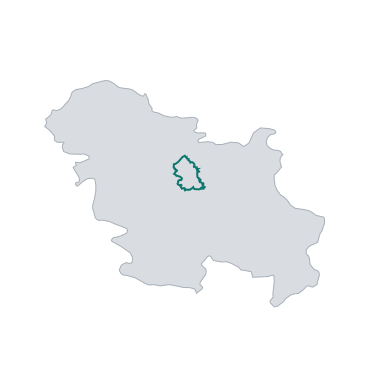 location of Podunavski within Republic of Serbia, rotated 339°
{"feature_id": "SRB-831", "entity_name": "Podunavski", "entity_type": "District", "adm_level": 1, "iso_a3": "SRB", "parent_name": "Republic of Serbia", "parent_adm1": "", "projection": "natural_earth1", "projection_center": [20.92, 44.453], "detail": "fine", "context": "in_parent", "style": "outline", "palette": "teal", "viewbox_px": 384, "rotation_deg": 339, "n_neighbors": 0, "source": "natural_earth", "source_scale": "10m", "svg_char_len": 6313}
<svg xmlns="http://www.w3.org/2000/svg" viewBox="0 0 384 384"><g transform="rotate(339 192 192)"><path d="M216.1,148.3L225.1,150.8L229.2,153.2L231.4,156.4L237.1,158.4L246.4,159.5L252.9,162.7L256.6,168.1L262.5,166.8L270.7,158.8L278.8,156.7L286.8,160.5L291.2,163.7L291.9,166.2L290.1,167.2L285.6,166.7L282.0,168.2L279.2,171.8L278.8,175.6L280.8,179.6L283.6,182.3L287.3,183.9L289.3,186.0L289.5,188.6L290.5,189.4L288.4,190.6L286.2,192.4L284.9,195.6L284.6,200.7L277.5,204.7L274.9,205.5L273.7,208.1L271.9,215.6L272.1,221.3L273.1,224.2L273.6,226.5L275.9,229.4L278.0,233.8L279.4,239.7L282.5,244.2L290.4,248.6L294.4,251.2L297.3,254.9L299.5,258.3L306.1,262.8L305.6,266.0L304.2,269.2L302.7,270.7L299.5,274.7L296.4,277.0L291.2,284.1L283.0,284.5L281.0,285.1L277.9,287.0L276.4,290.6L277.9,293.5L277.8,296.4L276.3,302.0L278.3,308.0L281.2,310.8L281.7,312.4L281.2,315.2L276.9,321.0L275.6,323.1L271.3,324.1L269.8,323.6L267.5,321.6L265.5,321.0L260.3,323.4L255.0,324.8L250.9,323.7L246.8,323.6L243.9,324.5L241.8,324.9L237.6,327.4L230.8,329.2L227.7,328.8L226.6,326.5L225.3,323.1L225.9,321.6L230.3,319.0L230.8,316.5L237.0,304.4L238.2,300.4L238.3,299.2L236.6,298.3L233.2,298.3L218.1,293.4L218.8,287.8L214.3,284.8L209.5,282.1L208.7,279.1L203.4,273.0L199.5,269.6L194.5,267.9L190.3,265.4L187.7,263.8L186.6,261.0L186.6,259.3L185.3,257.7L183.2,257.9L179.7,260.1L175.4,262.1L174.7,263.5L176.2,266.9L177.3,269.0L176.8,271.0L175.5,273.6L167.2,279.3L166.2,281.3L167.8,284.5L166.8,286.0L159.9,288.1L160.1,286.3L159.7,283.5L155.7,280.5L150.1,278.2L137.7,270.3L132.9,269.2L128.7,268.3L122.6,264.5L119.4,263.8L115.9,261.1L108.4,252.0L102.0,247.0L97.6,244.5L96.4,242.0L96.1,239.5L96.3,238.6L99.6,235.1L102.2,234.5L105.5,234.4L107.7,236.2L110.5,236.6L112.1,234.3L113.0,231.0L112.6,226.7L105.8,216.8L99.9,209.9L99.3,208.4L100.6,207.1L102.6,206.4L104.8,207.0L110.6,207.5L116.1,206.9L118.0,205.2L118.0,202.9L116.0,200.8L109.6,195.2L104.6,190.2L98.7,186.4L94.3,184.8L93.0,182.9L92.5,180.8L93.0,177.0L93.3,172.2L94.4,169.1L98.4,163.4L102.2,157.3L104.6,151.5L105.8,146.0L105.4,144.5L103.4,143.3L99.3,142.1L93.5,143.2L88.5,145.1L86.6,145.3L86.0,142.9L86.8,141.8L88.3,141.9L89.6,142.4L90.9,141.3L91.8,138.0L89.8,126.6L93.5,125.6L93.6,123.9L93.9,122.5L97.7,124.5L103.0,124.5L107.7,124.1L108.4,123.0L108.4,121.4L107.4,120.1L105.8,119.1L104.6,117.5L101.4,116.8L91.6,112.7L86.7,108.3L86.9,103.7L88.4,101.2L90.1,100.3L89.6,99.4L84.0,97.3L82.1,94.3L83.7,90.5L80.9,82.8L77.9,78.0L80.9,75.9L81.4,73.0L81.6,71.3L82.8,71.3L87.7,69.4L89.4,67.8L90.5,65.9L91.6,65.4L94.8,67.5L98.2,67.6L102.0,66.4L104.9,64.6L108.3,63.1L109.9,62.1L111.9,60.5L115.9,55.8L120.5,54.8L126.5,56.0L133.1,56.4L138.0,55.3L150.4,56.7L153.1,57.8L154.8,59.0L158.1,63.0L161.2,68.3L165.5,70.7L170.7,73.5L173.3,75.6L177.3,81.9L180.4,85.0L181.4,84.8L182.4,84.0L183.1,83.4L184.0,84.0L184.0,85.9L184.2,90.1L183.4,94.6L184.5,98.8L184.6,100.1L183.8,101.3L183.9,102.4L185.0,103.6L189.2,106.4L193.1,110.7L197.6,113.8L201.8,115.7L204.4,115.8L208.7,119.4L217.3,121.9L220.0,122.7L221.9,124.2L223.2,125.9L223.3,127.6L222.0,128.5L220.2,130.9L219.4,133.9L218.1,134.6L216.7,134.7L215.7,135.5L215.9,136.8L217.1,138.0L218.9,139.1L222.3,140.2L225.6,141.8L225.6,143.1L224.9,144.5L220.6,145.0L217.5,145.2L216.0,145.8L216.1,148.3Z" fill="#d9dde1" stroke="#a8b0b8" stroke-width="1"/><path d="M185.0,159.6L186.7,159.8L189.9,159.0L195.7,155.9L198.3,155.6L198.4,156.3L198.5,156.9L198.9,157.3L199.5,157.3L199.4,157.7L199.2,158.5L199.1,158.8L199.6,159.1L200.4,159.9L200.7,160.2L200.0,161.0L201.1,162.7L201.0,164.0L202.1,164.0L202.8,164.2L203.2,164.6L203.7,165.5L204.1,166.6L204.1,167.5L203.7,168.2L202.9,168.8L202.9,169.3L203.8,169.5L204.2,170.3L204.4,171.0L204.8,170.7L205.2,170.7L205.1,171.1L204.8,172.2L205.3,172.3L205.5,172.4L205.6,172.6L205.9,172.7L205.6,172.8L205.4,173.0L204.8,172.7L204.4,174.1L205.0,174.4L205.4,174.6L205.8,175.0L205.9,175.5L204.4,175.6L203.6,176.2L203.2,177.3L202.9,178.4L202.7,179.3L202.5,179.7L202.4,180.1L202.6,180.8L202.9,181.2L203.3,181.4L203.6,181.9L203.3,182.7L204.2,183.2L204.3,183.8L203.9,184.2L202.9,184.1L202.9,184.6L203.3,184.6L203.3,185.1L202.9,185.1L202.9,185.6L203.7,186.0L204.7,187.6L205.6,187.9L205.6,188.5L204.4,188.9L204.4,189.4L204.7,189.8L204.8,189.9L204.7,190.2L204.4,190.8L204.6,191.0L204.9,191.3L203.7,191.3L204.9,192.3L204.3,192.5L204.0,193.0L203.7,193.0L203.4,192.7L203.1,192.5L202.8,192.4L202.6,192.4L202.0,192.3L201.9,192.3L201.7,192.3L201.6,192.2L201.3,192.0L201.2,191.9L200.9,191.9L200.4,192.1L200.1,192.1L199.7,192.0L199.2,192.0L198.6,191.6L197.4,191.0L197.2,190.9L196.6,190.8L196.1,190.6L195.9,190.5L195.5,190.1L195.2,189.9L195.0,189.6L194.9,188.7L194.9,187.9L193.8,188.4L193.5,188.5L193.1,188.6L192.7,188.7L192.5,188.8L191.8,188.8L191.6,188.9L191.2,189.1L190.9,189.1L190.7,189.1L190.3,188.8L190.2,188.8L190.0,188.7L189.9,188.7L189.7,188.7L189.4,188.7L189.2,188.7L188.8,188.3L188.5,188.1L188.2,187.9L187.8,187.8L187.7,187.8L186.8,187.9L186.2,188.0L186.2,187.5L186.1,187.4L186.0,186.9L186.1,186.7L186.4,186.3L186.6,186.1L186.6,185.9L186.4,185.7L186.2,185.6L185.8,185.5L185.6,185.4L184.8,185.3L183.7,185.2L183.7,184.7L183.7,184.4L183.7,184.1L183.4,183.7L183.4,183.3L183.4,183.1L183.4,182.9L183.5,182.8L183.7,182.6L184.1,182.2L184.4,182.0L184.6,181.9L184.6,181.7L184.4,181.4L184.2,181.3L183.8,181.3L183.3,181.5L183.2,181.5L183.0,181.4L182.8,181.4L182.7,181.2L182.1,180.5L181.8,180.1L181.6,179.8L181.5,179.7L181.5,179.3L181.5,179.1L181.7,178.8L182.0,178.6L182.5,178.2L182.7,177.8L182.8,177.2L182.9,176.9L183.0,176.8L183.6,176.6L183.9,176.4L184.2,176.4L184.4,176.4L184.6,176.4L184.8,176.4L184.9,176.5L185.9,176.9L186.1,177.0L186.3,176.9L186.5,176.8L186.6,176.7L187.3,176.0L187.4,175.9L187.4,175.7L187.4,175.4L187.4,175.2L187.0,174.6L186.8,174.2L186.6,173.9L186.4,173.6L186.3,173.4L186.2,173.3L185.5,172.9L184.6,171.9L184.1,171.6L183.7,171.4L183.4,171.4L183.2,171.2L183.0,170.9L183.0,170.2L182.9,170.0L182.5,169.5L181.8,168.7L182.0,168.6L182.6,168.2L183.0,167.8L183.2,167.6L183.3,167.6L183.9,167.4L184.4,167.1L184.5,167.1L185.2,167.0L185.3,166.9L185.6,166.8L185.6,166.6L185.6,166.3L185.4,165.8L185.3,165.7L185.2,165.6L185.0,165.4L184.6,165.2L184.4,165.0L184.3,164.9L184.2,164.8L184.3,164.7L184.5,164.4L184.5,164.1L184.4,163.8L184.3,163.6L183.9,163.2L183.7,162.9L183.7,162.6L183.7,162.3L183.8,162.1L184.1,161.8L185.0,159.6Z" fill="none" stroke="#0f766e" stroke-width="2"/></g></svg>